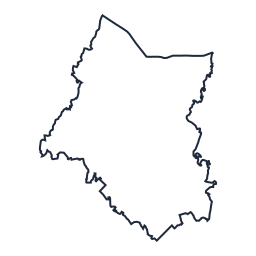 the district of Duong Minh Chau, Tây Ninh, Vietnam
{"feature_id": "81297802B96522155706340", "entity_name": "Duong Minh Chau", "entity_type": "district", "adm_level": 2, "iso_a3": "VNM", "parent_name": "Vietnam", "parent_adm1": "Tây Ninh", "projection": "orthographic", "projection_center": [106.272, 11.33], "detail": "fine", "context": "isolated", "style": "outline", "palette": "slate", "viewbox_px": 256, "rotation_deg": 0, "n_neighbors": 0, "source": "geoboundaries", "source_scale": "gbopen_adm2", "svg_char_len": 5786}
<svg xmlns="http://www.w3.org/2000/svg" viewBox="0 0 256 256"><path d="M212.7,53.1L212.2,52.6L204.2,55.6L201.2,55.9L193.3,55.9L187.5,55.6L172.8,55.7L166.7,57.9L164.1,58.0L160.9,57.0L157.5,56.7L149.3,56.8L146.5,56.7L135.7,43.0L129.5,34.1L127.2,31.6L123.3,28.9L116.3,24.5L102.5,15.4L101.8,16.4L100.2,20.6L99.2,28.7L98.5,29.7L97.8,30.0L96.4,31.4L96.1,33.5L95.2,36.5L94.9,37.0L93.2,38.3L92.4,39.9L91.1,41.8L91.3,44.2L91.1,44.9L90.5,45.4L90.4,45.8L91.0,47.3L92.0,48.7L90.8,49.5L89.0,49.8L88.2,49.6L87.4,48.9L86.8,48.7L84.4,48.4L83.2,52.9L81.8,54.1L81.4,56.2L80.8,56.5L80.9,57.6L81.6,59.0L81.7,60.3L81.2,60.8L77.9,62.4L77.8,63.3L78.4,63.9L78.4,64.4L77.5,65.3L77.3,66.5L76.8,67.1L73.5,66.0L73.0,67.8L72.8,70.1L74.2,73.0L72.8,73.6L72.2,73.5L71.8,74.8L73.3,75.5L75.7,77.9L77.6,80.2L77.7,80.4L77.0,80.5L76.6,80.7L76.8,81.8L77.2,82.5L77.9,82.6L79.1,80.8L81.7,82.6L80.9,82.9L80.6,83.7L80.0,84.4L79.6,85.6L79.5,86.7L78.4,88.2L78.6,90.9L78.4,93.6L77.5,96.8L76.6,98.4L76.1,98.0L74.5,99.4L71.5,100.1L71.4,100.9L71.0,101.3L70.8,102.1L71.2,102.7L71.8,104.9L71.4,104.8L71.2,105.1L71.2,107.2L71.0,107.3L70.0,106.6L69.9,109.4L68.2,108.6L67.9,109.4L66.7,109.4L66.2,108.2L63.6,109.9L63.0,111.3L61.9,111.9L60.8,115.6L59.3,116.7L58.6,117.7L58.3,118.9L55.7,119.8L55.1,121.7L55.0,123.2L53.7,124.6L52.9,126.7L52.9,129.3L52.4,130.0L52.0,129.9L51.0,130.4L49.9,132.0L49.8,132.7L49.9,133.2L49.6,134.4L50.1,135.1L49.2,135.6L47.5,135.9L46.0,135.4L44.5,135.4L45.2,140.3L42.9,139.6L42.5,139.7L41.5,140.3L40.8,141.2L39.9,147.8L39.9,149.6L40.3,150.6L41.1,151.2L41.1,151.5L40.5,152.2L42.5,154.9L42.3,155.9L42.0,156.4L42.6,156.3L44.1,155.4L45.8,153.8L46.6,152.4L47.3,150.2L48.8,151.7L49.8,151.9L50.3,152.3L51.4,154.6L51.8,155.9L51.4,156.8L52.3,159.1L52.6,159.2L57.5,158.5L58.2,155.4L57.5,154.6L60.1,152.4L63.9,152.7L67.6,157.1L67.9,158.9L68.4,158.8L68.7,159.1L69.0,158.7L71.0,157.9L71.1,158.0L71.5,159.7L77.4,158.5L78.9,159.6L79.2,159.1L80.2,159.6L81.0,158.9L83.1,158.9L83.3,159.2L83.7,161.8L84.8,165.0L86.1,166.4L86.3,167.4L87.8,169.1L88.3,169.9L88.4,171.9L88.3,172.3L87.6,172.7L87.0,175.9L86.8,179.2L86.2,179.2L86.3,182.4L86.7,182.6L90.8,182.6L90.9,181.4L91.6,180.2L92.7,179.5L93.1,178.9L93.8,175.8L94.7,174.6L94.6,173.4L95.5,173.5L95.3,176.9L96.4,177.9L95.5,180.3L95.6,181.0L96.1,181.3L96.3,181.1L98.1,179.2L100.1,177.7L100.9,178.6L100.0,179.7L105.6,185.1L99.8,191.2L103.2,194.6L106.6,199.4L108.5,199.4L108.4,197.4L109.6,197.2L110.1,198.3L110.3,204.8L110.6,206.4L111.4,206.9L112.0,206.6L114.7,206.6L115.6,207.4L113.4,210.2L114.0,210.8L114.9,209.7L115.1,209.8L116.2,210.9L115.7,211.6L119.5,213.9L120.3,213.9L121.7,211.8L122.4,212.3L123.2,212.6L123.4,213.0L122.9,213.9L122.9,214.8L124.9,216.0L126.1,217.7L127.3,219.1L128.1,219.5L131.2,224.1L133.7,222.3L134.5,222.1L136.6,221.8L138.9,222.3L139.9,223.0L139.9,223.5L140.5,224.4L141.4,226.4L142.3,227.3L143.1,228.7L144.5,225.5L145.0,225.8L145.6,226.6L145.8,227.4L147.1,229.7L147.4,232.0L147.9,233.4L147.6,234.1L149.5,235.6L152.0,236.1L151.3,238.1L152.1,239.0L154.5,238.4L156.8,240.6L171.9,225.4L174.4,228.4L175.1,228.0L177.4,225.4L178.8,225.3L181.1,224.1L181.5,224.5L182.5,223.3L181.3,221.3L179.9,215.6L179.6,215.0L185.5,213.2L185.8,213.5L187.0,213.6L187.7,214.1L190.6,212.1L191.1,212.5L192.1,213.6L192.9,215.0L193.5,215.5L193.7,216.7L194.3,217.5L194.5,218.4L196.4,220.8L197.4,220.6L198.0,220.7L198.4,220.5L199.0,220.7L200.2,219.5L200.8,219.2L201.3,218.2L202.4,217.7L203.7,217.6L204.4,218.1L205.4,218.3L205.7,218.9L206.3,218.9L206.7,219.4L207.0,219.3L207.4,220.7L209.1,219.0L209.2,218.6L209.7,213.5L210.3,211.1L211.5,203.2L211.9,201.6L210.1,199.4L209.4,196.7L208.2,195.0L209.3,194.2L208.2,193.3L206.1,192.9L205.9,192.3L206.0,191.2L206.4,190.4L209.9,187.4L211.1,187.0L213.2,187.0L213.2,185.6L213.5,184.8L214.2,184.2L216.0,183.9L216.1,183.1L215.7,181.9L214.6,181.1L214.2,181.2L212.9,182.6L212.0,182.8L207.6,182.0L205.7,181.5L205.3,181.2L206.8,179.2L207.1,178.3L207.4,175.5L208.1,173.2L207.9,170.6L209.0,167.9L208.9,167.4L208.1,167.2L207.7,166.8L207.5,165.2L207.8,164.8L209.2,164.6L209.9,164.1L209.8,163.6L209.1,162.7L208.9,161.1L208.5,161.0L208.2,161.3L207.6,162.1L207.2,163.1L206.9,163.3L206.8,161.5L206.3,160.9L203.2,159.9L202.5,160.0L201.1,161.5L200.3,163.1L200.3,163.8L201.3,165.2L201.3,165.4L200.8,165.6L199.9,165.4L198.6,164.2L197.7,163.1L197.6,162.4L198.1,160.6L198.2,159.3L197.8,157.4L197.9,156.9L198.2,156.4L198.6,156.4L200.8,156.9L200.9,156.5L200.2,155.4L198.9,154.1L197.4,153.3L196.8,153.4L196.3,153.7L195.8,154.2L195.6,154.8L195.9,155.6L196.7,156.8L197.3,158.1L197.0,158.2L195.7,158.0L195.5,157.7L195.4,157.0L194.1,156.2L193.5,155.4L193.5,151.8L193.7,151.2L195.2,149.7L195.9,148.4L198.5,141.6L198.7,140.3L201.0,134.2L201.1,132.8L200.8,132.3L199.8,132.3L199.4,132.1L199.5,131.1L200.1,130.1L200.1,129.1L199.9,128.6L199.1,128.5L198.0,129.0L197.1,129.1L195.5,125.6L191.7,122.5L189.1,121.3L188.1,120.6L186.9,118.7L186.6,117.1L186.8,116.4L187.4,115.6L189.5,114.6L189.8,113.4L190.9,112.1L190.7,111.3L189.9,110.0L189.8,109.1L190.2,108.4L192.0,107.0L192.5,104.7L193.9,103.8L194.2,102.2L193.3,101.5L193.3,100.6L193.8,100.4L194.6,100.6L195.9,101.3L196.9,102.4L197.5,102.6L198.2,102.4L199.6,101.4L200.7,101.9L201.4,101.0L202.8,96.5L202.7,96.3L202.3,96.3L201.4,98.1L201.0,98.1L200.8,97.0L201.7,94.4L201.6,93.6L200.9,91.8L201.0,90.4L201.9,88.7L202.4,88.2L202.8,88.5L202.9,89.8L203.5,90.8L203.9,90.9L204.5,90.7L205.0,90.0L204.9,88.9L203.9,87.6L204.4,85.5L203.9,84.4L204.1,83.2L203.6,81.6L205.2,80.2L206.3,78.9L206.8,75.7L207.3,74.9L208.0,75.0L209.2,76.7L209.9,76.8L210.2,76.2L209.9,75.7L210.0,74.5L209.7,73.9L209.8,73.4L211.6,73.3L211.9,73.0L211.3,71.9L211.9,70.6L211.3,69.4L212.1,67.3L212.0,67.0L211.2,66.8L210.9,66.3L211.2,66.0L212.5,65.9L212.1,64.5L212.5,63.7L211.3,62.8L211.4,61.4L211.1,58.8L211.9,54.5L212.2,53.5L212.7,53.1Z" fill="none" stroke="#1e293b" stroke-width="2"/></svg>